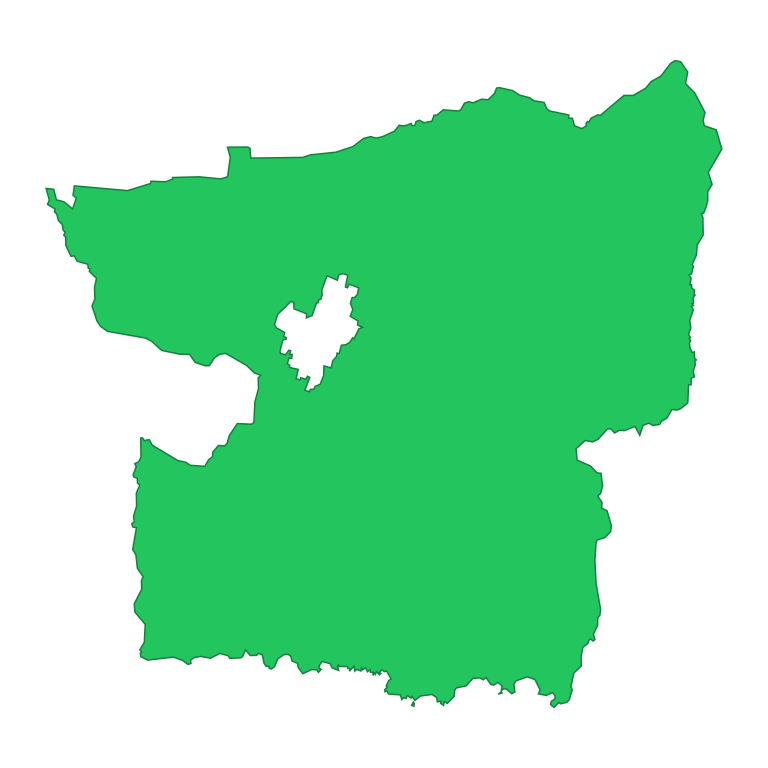 Blitar, Jawa Timur, Indonesia (Robinson projection)
{"feature_id": "22746128B45235083091424", "entity_name": "Blitar", "entity_type": "district", "adm_level": 2, "iso_a3": "IDN", "parent_name": "Indonesia", "parent_adm1": "Jawa Timur", "projection": "robinson", "projection_center": [112.215, -8.132], "detail": "fine", "context": "isolated", "style": "filled", "palette": "green", "viewbox_px": 768, "rotation_deg": 0, "n_neighbors": 0, "source": "geoboundaries", "source_scale": "gbopen_adm2", "svg_char_len": 6084}
<svg xmlns="http://www.w3.org/2000/svg" viewBox="0 0 768 768"><path d="M566.9,702.3L569.3,699.7L572.2,689.8L571.0,686.4L573.8,673.1L581.3,666.0L581.1,656.8L582.9,647.3L587.9,643.5L589.2,639.8L590.7,639.0L593.2,641.1L594.9,639.5L593.4,634.3L597.6,625.3L597.8,617.7L599.9,615.3L600.6,609.4L596.1,583.7L594.9,560.6L596.0,543.5L596.9,540.1L604.9,537.6L610.6,531.7L611.4,525.5L607.0,510.7L601.6,508.2L602.1,502.7L597.9,496.1L600.8,493.1L602.6,486.0L601.0,473.3L596.9,472.8L590.7,466.1L577.1,460.1L576.1,448.7L585.2,440.5L592.4,441.9L598.0,439.4L607.5,429.0L610.7,428.7L614.6,433.0L619.2,430.3L624.5,430.6L635.0,426.4L639.8,435.3L643.0,425.4L649.0,423.1L652.8,425.5L659.7,424.4L661.5,421.3L666.9,418.1L672.0,409.5L677.0,410.1L681.1,408.4L687.8,402.9L688.6,384.8L691.1,384.8L691.2,378.1L694.5,376.8L693.2,371.5L695.4,364.4L694.7,361.4L696.3,359.9L694.7,358.6L694.3,351.9L692.2,352.6L690.0,347.8L689.4,342.9L690.6,340.9L689.2,338.4L690.4,337.6L688.6,334.4L690.8,328.0L689.8,320.2L693.3,310.1L691.4,306.3L693.4,305.5L691.9,303.6L693.6,303.0L693.0,298.0L695.0,295.1L693.9,294.9L694.6,290.3L691.9,288.3L691.5,284.7L690.0,284.9L691.1,278.2L688.9,274.8L691.6,273.8L693.4,266.2L692.2,264.6L696.5,254.8L697.1,245.1L703.2,235.0L702.9,217.6L701.3,213.5L703.7,213.1L706.1,207.1L707.8,200.5L707.7,191.7L712.1,184.4L708.3,172.3L721.9,149.0L716.2,129.8L704.4,125.8L703.1,120.6L705.0,112.4L694.7,92.9L685.5,83.6L687.7,72.0L680.6,61.7L675.1,60.6L670.6,63.4L660.8,76.2L651.2,81.5L645.6,88.3L633.3,95.4L624.0,95.4L600.3,115.4L598.0,114.8L591.2,118.1L589.0,122.0L587.6,121.4L586.0,123.4L586.4,125.8L581.9,128.6L574.6,125.9L572.4,118.3L568.6,118.1L568.8,115.0L549.7,111.0L546.7,108.6L544.1,102.4L534.0,100.8L529.9,97.8L519.5,95.1L512.9,90.7L499.3,87.6L496.6,88.1L494.5,93.5L488.1,99.7L481.6,99.2L473.2,102.8L468.7,101.7L464.5,103.1L461.0,109.6L458.5,111.0L443.2,109.8L437.0,115.1L434.1,115.2L431.9,121.2L423.9,122.7L419.5,120.3L416.1,121.5L414.8,125.6L411.9,125.6L411.4,123.5L404.0,126.0L399.1,125.3L394.6,131.1L382.6,136.6L376.3,138.1L370.7,136.6L363.4,138.5L352.9,146.6L335.8,152.2L310.6,154.8L302.7,157.4L250.8,158.1L250.0,148.3L247.8,147.0L227.5,147.2L230.3,157.3L227.8,175.3L227.3,176.9L220.7,178.9L199.2,176.8L172.6,177.5L172.5,179.1L165.7,181.8L150.9,181.2L150.6,183.5L127.5,190.6L74.4,185.9L73.0,195.3L76.3,198.0L72.6,208.9L64.0,201.8L56.4,199.8L53.7,189.3L46.1,188.4L49.3,200.0L47.5,204.4L55.1,209.0L54.5,211.8L56.8,214.2L58.3,220.4L62.3,224.6L63.2,230.4L65.1,232.0L63.8,235.3L65.7,237.1L65.9,245.6L71.0,256.3L74.3,255.8L77.2,261.3L87.8,264.2L88.3,268.2L89.8,268.7L89.4,271.4L96.5,278.3L94.5,287.5L94.9,299.1L92.0,305.9L96.9,320.9L100.6,326.4L107.4,331.3L145.6,338.1L151.4,341.1L161.7,350.4L179.6,354.2L189.6,354.4L195.2,362.4L205.3,365.8L209.4,365.6L214.4,358.0L219.3,354.4L225.8,353.4L246.7,365.5L254.2,372.9L260.8,375.2L258.2,378.0L258.5,388.6L254.9,401.9L253.9,422.4L251.5,424.2L237.3,423.6L229.4,435.4L227.1,443.2L224.8,445.9L218.4,445.5L212.7,452.2L212.5,456.8L208.7,459.6L204.9,466.3L190.2,465.3L185.6,462.2L177.9,460.6L152.4,445.3L149.2,439.6L144.3,440.6L142.5,437.9L140.7,438.0L141.0,457.4L138.4,462.0L134.7,463.7L136.3,466.5L133.1,474.7L133.9,477.0L137.2,478.2L137.5,483.2L139.8,485.0L136.3,493.2L136.6,505.9L133.5,516.3L134.3,521.7L131.8,523.8L132.7,526.9L136.4,527.7L132.7,549.6L135.9,555.0L137.4,568.4L143.0,576.5L141.4,581.3L141.8,589.0L134.2,604.0L134.9,612.1L145.2,624.3L144.3,642.3L139.8,649.8L141.8,652.2L140.3,653.2L140.8,656.6L147.6,660.1L173.2,657.1L182.7,660.4L187.9,664.4L191.0,663.5L190.5,660.1L194.5,657.5L200.7,656.4L210.5,658.2L219.8,653.4L228.1,655.7L229.8,658.3L240.5,657.9L242.5,656.7L245.6,649.9L250.2,655.5L256.6,655.4L258.3,653.5L262.2,654.5L264.1,663.3L266.2,666.4L269.0,666.3L269.2,668.3L271.3,669.0L274.5,666.7L277.8,658.8L284.1,654.5L288.0,654.3L290.8,656.3L292.0,661.0L297.5,663.3L298.3,667.7L302.9,673.7L311.5,669.6L316.6,669.8L318.5,672.3L321.1,669.4L319.1,668.2L319.2,665.8L322.1,661.4L330.1,663.7L332.3,668.0L338.7,670.4L337.4,666.4L338.5,664.9L339.0,666.5L347.4,666.5L347.8,668.4L350.4,668.9L349.4,671.2L354.1,666.1L354.8,671.1L356.7,669.4L360.8,671.0L361.7,667.6L362.7,669.8L365.7,667.6L367.4,671.7L370.0,669.8L370.4,672.2L373.1,672.6L373.0,675.6L374.0,672.4L375.3,674.4L376.5,671.7L379.6,674.7L380.8,673.5L379.2,672.4L381.8,670.0L384.6,671.7L386.5,670.9L391.2,679.1L388.7,680.5L386.2,686.0L387.3,687.3L384.8,689.6L384.9,691.7L386.8,690.9L388.5,694.0L400.3,694.9L401.9,699.5L403.5,697.7L406.2,698.5L407.1,695.6L411.2,698.0L412.1,696.4L414.9,700.5L420.4,696.0L432.0,694.5L436.7,697.5L437.3,701.8L440.9,701.2L440.6,703.4L443.6,705.4L444.3,701.4L447.2,703.5L454.1,696.5L454.9,689.6L456.7,687.8L466.1,685.9L472.9,678.4L480.0,677.9L483.2,679.8L486.1,677.5L490.7,684.4L493.8,685.1L497.7,682.5L502.0,685.7L501.3,690.8L503.2,688.9L506.3,688.9L511.8,693.7L514.8,692.0L513.9,684.5L515.8,680.9L527.5,676.8L535.0,679.6L540.1,689.9L538.4,693.9L546.3,695.4L552.6,692.5L555.2,696.1L554.9,699.1L551.3,701.3L550.6,704.6L554.0,707.4L558.9,702.5L560.5,703.8L566.9,702.3ZM342.2,273.6L347.1,274.8L347.6,276.3L345.4,287.0L347.4,287.8L349.2,284.2L358.7,287.8L357.5,294.0L355.1,297.3L352.1,297.6L350.4,303.3L352.8,309.5L350.2,316.3L358.1,321.0L357.6,325.0L362.4,327.3L358.9,328.8L354.0,338.9L352.7,337.8L349.6,342.4L345.7,344.8L341.4,345.2L339.2,353.5L337.1,353.1L336.5,356.5L332.8,360.8L331.1,367.9L324.0,365.9L323.6,375.7L320.1,384.3L315.1,386.4L314.1,389.1L310.3,389.4L309.6,391.8L304.8,390.3L309.8,377.4L307.4,376.3L305.9,379.4L300.8,377.7L300.1,379.8L296.1,378.8L298.2,369.4L289.5,367.5L289.7,365.2L287.4,363.8L288.8,358.2L291.7,358.5L292.2,354.3L289.5,354.8L290.7,350.7L288.9,350.2L285.6,354.7L280.6,353.6L279.9,351.7L282.9,339.9L286.0,339.3L286.4,337.8L283.6,336.5L284.7,332.5L276.4,327.8L274.5,324.5L277.7,314.4L290.9,301.5L293.8,302.3L293.9,308.8L306.7,313.8L306.3,317.9L312.1,315.6L316.4,303.3L318.3,302.5L318.9,299.6L320.7,299.4L322.2,295.2L321.8,290.1L327.0,275.8L337.4,280.2L338.6,275.0L342.2,273.6ZM498.2,694.1L502.1,692.9L501.5,692.1L498.2,694.1ZM413.8,706.4L414.3,703.4L413.4,702.1L411.6,705.1L413.8,706.4Z" fill="#22c55e" stroke="#15803d" stroke-width="1.5"/></svg>